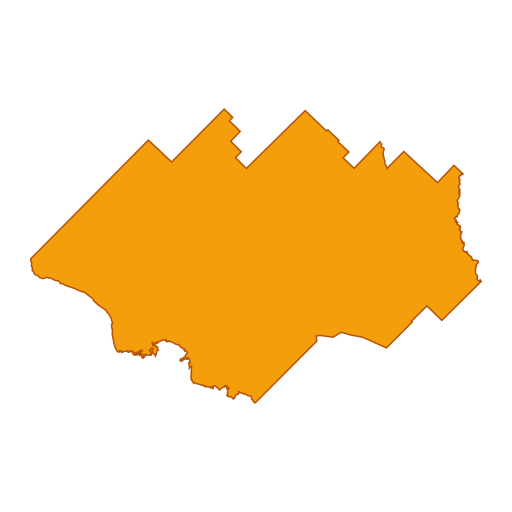 Bahía Blanca, Buenos Aires, Argentina
{"feature_id": "61730980B87066922657052", "entity_name": "Bahía Blanca", "entity_type": "district", "adm_level": 2, "iso_a3": "ARG", "parent_name": "Argentina", "parent_adm1": "Buenos Aires", "projection": "natural_earth1", "projection_center": [-62.323, -38.588], "detail": "fine", "context": "isolated", "style": "filled", "palette": "amber", "viewbox_px": 512, "rotation_deg": 0, "n_neighbors": 0, "source": "geoboundaries", "source_scale": "gbopen_adm2", "svg_char_len": 6090}
<svg xmlns="http://www.w3.org/2000/svg" viewBox="0 0 512 512"><path d="M460.1,171.1L454.0,165.4L437.5,182.6L403.8,151.5L386.8,168.6L386.6,167.0L385.1,164.0L384.8,162.7L384.8,160.6L384.3,159.9L383.0,153.1L384.2,148.6L383.0,147.7L381.9,147.5L381.3,147.1L381.2,146.2L381.7,144.5L380.0,141.7L354.1,168.3L343.1,157.8L348.9,152.0L337.8,141.6L338.9,140.4L327.8,129.8L326.5,131.0L305.2,110.6L246.3,168.5L235.5,157.5L241.3,151.8L230.7,141.3L240.2,131.4L229.4,120.8L232.7,117.3L224.2,109.1L171.6,162.0L148.4,140.1L30.7,258.8L31.0,259.2L30.9,261.5L31.6,262.6L31.6,264.6L31.3,266.0L32.5,267.8L32.2,269.6L32.3,270.5L33.7,272.1L34.6,274.2L38.4,276.1L39.6,277.6L43.3,278.6L46.6,277.4L52.0,278.6L54.7,280.3L59.0,281.1L60.4,283.5L62.7,283.8L66.2,285.7L75.7,288.8L78.2,290.3L84.8,292.5L89.4,296.2L91.7,297.6L93.1,299.0L93.4,300.3L94.1,301.2L97.9,304.7L106.7,310.8L107.3,312.8L108.3,313.5L109.5,314.9L110.0,316.6L111.4,318.6L111.7,320.6L112.5,322.6L112.4,323.5L111.4,324.5L111.7,325.3L111.7,327.5L112.4,329.8L112.3,335.2L113.5,340.2L113.6,342.2L115.1,347.4L117.2,351.2L117.8,351.9L118.5,352.0L118.9,351.5L119.2,351.7L119.3,351.0L119.8,351.2L119.9,350.6L120.4,350.6L121.1,351.1L121.3,352.2L122.0,352.5L122.4,352.4L122.5,351.7L125.5,351.4L126.9,350.7L127.4,351.0L127.8,352.0L128.7,352.2L129.4,352.0L129.6,350.8L130.2,350.9L131.1,351.8L131.3,351.1L131.9,351.0L132.0,351.3L132.8,351.3L132.7,352.1L133.2,353.0L132.9,354.0L134.5,355.1L135.2,355.2L135.7,354.5L135.1,354.0L135.1,352.8L136.0,353.2L136.4,354.6L136.8,354.1L136.2,353.6L136.2,352.8L137.5,352.1L137.7,353.2L137.3,353.4L137.8,353.7L137.6,354.6L138.3,354.5L138.0,352.9L138.8,352.4L138.7,353.8L139.4,355.1L140.4,353.8L139.8,353.1L139.4,351.3L140.6,351.1L140.5,350.2L141.5,350.1L141.3,350.8L142.0,351.1L140.8,351.7L140.5,352.9L140.9,352.9L141.0,353.4L141.3,353.6L141.4,354.9L141.0,355.6L141.5,356.2L141.6,357.0L143.1,358.2L143.8,357.3L143.6,356.8L143.4,355.0L144.7,356.4L144.9,354.6L145.7,354.1L146.5,355.2L147.9,354.7L149.7,355.2L151.3,355.0L151.3,354.8L150.7,354.5L150.7,353.7L151.1,353.0L150.7,351.1L149.6,350.7L150.6,349.1L152.0,348.2L152.9,348.3L153.1,348.6L152.1,349.5L152.6,350.5L152.5,351.2L151.6,351.3L152.6,352.4L152.1,353.3L153.1,353.4L154.6,354.5L155.4,355.8L155.5,355.3L156.2,354.6L156.1,354.0L156.5,353.4L156.6,351.4L157.6,350.3L158.3,350.1L157.3,348.5L157.7,347.1L156.5,347.0L156.2,346.1L155.1,345.5L154.4,346.1L153.0,345.5L153.1,344.6L152.8,344.6L152.8,344.0L152.2,343.6L152.5,342.8L152.4,342.3L152.9,342.3L154.7,344.3L155.7,343.9L156.1,343.3L156.0,343.0L156.4,342.6L156.3,341.9L156.5,341.8L156.9,342.1L156.8,343.0L157.3,343.2L158.6,342.2L159.1,341.2L160.5,341.1L163.0,339.8L163.9,340.3L166.2,339.6L166.5,340.4L166.1,341.2L166.9,341.7L167.6,341.8L168.5,341.4L168.5,341.1L169.2,341.2L172.7,342.4L174.7,343.7L177.6,344.7L178.4,344.6L179.2,345.0L180.4,346.9L181.5,347.3L181.6,347.7L182.2,348.2L182.8,348.1L184.6,349.1L184.5,349.7L183.4,350.3L184.5,350.0L184.9,350.2L184.8,350.8L185.1,351.3L186.8,351.5L187.4,352.7L185.2,356.0L182.9,358.3L180.6,359.0L180.6,359.7L180.1,360.5L180.8,360.7L181.5,361.4L182.6,360.8L182.8,359.8L184.8,359.0L186.0,358.1L186.0,358.7L186.6,359.2L187.5,359.2L187.8,357.9L189.3,358.9L189.3,359.8L189.9,360.7L189.9,361.4L190.3,362.2L189.7,363.0L188.6,362.9L188.6,363.3L189.4,364.4L189.2,365.7L189.4,368.1L189.7,367.6L189.6,366.8L190.2,366.9L191.2,366.0L191.6,366.1L191.2,373.6L191.4,376.3L191.0,376.4L191.0,378.7L191.4,379.6L191.9,379.8L191.7,380.5L192.0,380.8L192.3,380.7L193.5,383.3L195.1,382.7L196.8,383.7L200.5,384.6L201.6,385.2L203.6,385.1L203.8,385.8L204.6,386.1L204.5,386.4L206.0,386.9L206.4,386.4L209.9,387.2L210.3,387.3L210.2,387.6L211.2,388.0L211.7,387.9L211.6,386.8L212.9,386.6L213.1,388.6L213.3,388.6L213.1,386.6L213.6,386.4L213.8,385.8L214.7,385.8L216.1,386.5L219.6,390.0L222.1,387.6L222.7,387.6L223.4,387.0L224.5,387.1L225.1,386.6L225.0,385.7L225.4,385.5L226.5,385.8L226.4,386.3L226.9,386.5L227.0,386.9L226.6,388.5L228.3,387.7L229.0,388.0L228.5,389.1L227.6,390.0L227.7,393.9L226.8,395.2L227.4,396.1L228.1,395.9L228.9,396.7L230.9,396.9L232.7,398.0L233.3,399.0L234.9,397.6L235.4,395.9L236.0,394.9L237.2,394.3L238.2,394.2L238.7,393.7L238.5,392.2L238.8,391.6L241.6,393.1L243.0,393.2L243.9,394.1L245.6,394.2L247.7,395.6L247.9,395.4L248.4,395.7L251.2,396.2L251.2,396.8L251.7,397.6L251.5,398.9L253.0,400.1L252.9,400.9L253.4,401.3L254.0,402.4L255.2,402.9L316.8,341.1L316.2,336.1L320.0,335.4L333.1,337.2L341.1,332.3L350.6,335.0L362.6,337.2L386.5,347.9L412.2,322.1L411.4,321.3L426.9,305.9L441.8,320.4L481.3,281.3L480.2,279.9L479.3,281.0L478.9,281.0L477.3,279.3L476.8,278.5L477.6,277.1L477.3,275.7L475.6,273.7L475.4,271.2L475.6,268.0L476.4,266.7L476.0,265.8L476.1,265.2L478.3,262.4L478.4,261.4L476.9,260.4L475.5,260.6L474.5,259.9L472.7,260.4L472.3,260.2L472.2,258.6L470.9,256.3L469.4,255.8L469.0,255.5L468.7,254.5L467.4,253.6L467.1,252.7L467.4,252.0L466.9,251.6L465.7,252.2L464.8,252.1L464.7,251.2L464.1,251.3L463.2,250.6L462.6,248.6L463.1,248.1L464.3,245.0L463.5,243.4L464.1,242.9L464.0,242.5L463.4,242.2L462.7,243.2L461.9,242.6L462.2,241.4L462.0,240.3L461.2,240.2L460.6,238.7L461.0,237.9L460.4,237.1L460.9,234.3L460.8,233.5L460.9,233.1L461.6,232.8L461.9,231.9L460.2,231.0L460.0,230.2L459.2,229.6L459.6,228.6L460.3,228.6L460.5,226.4L459.9,225.9L459.3,226.2L458.8,225.8L458.8,225.0L456.8,223.9L456.8,223.0L457.8,222.4L457.3,221.9L455.6,221.8L456.3,220.1L455.1,219.6L454.4,217.8L455.4,217.5L456.0,216.8L457.2,216.9L457.5,215.6L457.3,215.2L458.8,213.7L459.2,212.9L459.1,211.9L459.8,210.9L459.5,210.0L459.7,209.3L458.0,207.6L458.1,204.7L458.0,204.2L457.5,204.3L457.8,203.2L458.2,202.9L457.8,202.6L457.9,202.0L457.1,200.1L458.7,198.3L459.1,197.0L459.0,196.5L460.1,195.5L459.4,194.8L459.8,193.5L459.0,193.7L459.5,192.5L458.7,191.9L459.2,190.7L459.9,191.0L460.1,190.8L459.8,189.4L458.6,188.1L458.8,186.8L458.5,185.8L459.0,185.4L459.4,184.4L460.2,184.0L459.5,183.2L459.3,182.0L459.9,181.4L459.6,180.8L459.9,180.0L459.5,178.6L458.6,177.9L458.7,177.3L459.2,176.8L459.6,175.6L460.8,175.7L461.2,174.3L462.7,174.3L462.2,173.4L462.5,173.1L462.0,172.9L461.6,173.4L460.1,171.1Z" fill="#f59e0b" stroke="#b45309" stroke-width="1.5"/></svg>